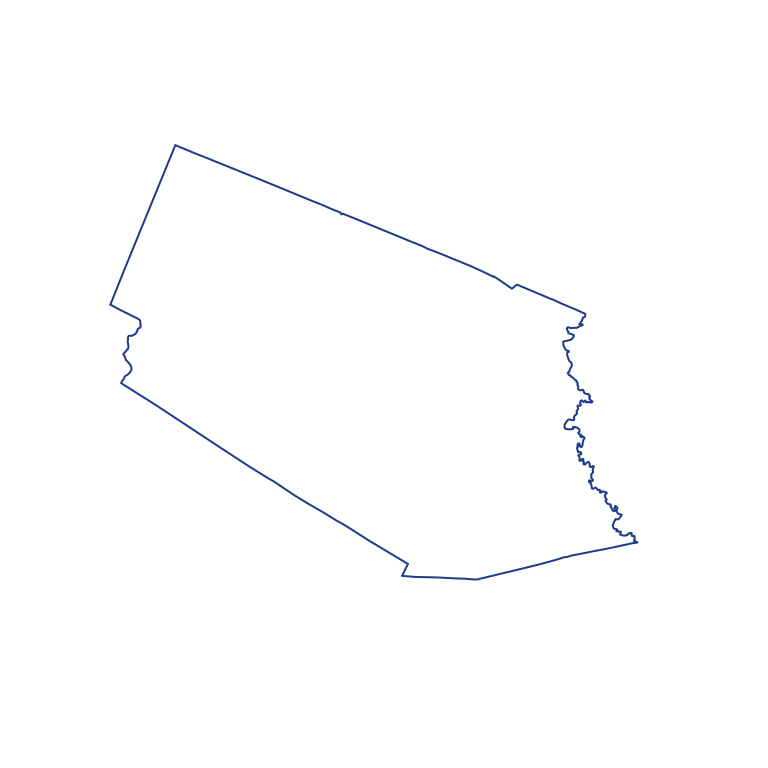 the district of Mirosi, Arges, Romania, rotated 29°
{"feature_id": "2599482B53373185835128", "entity_name": "Mirosi", "entity_type": "district", "adm_level": 2, "iso_a3": "ROU", "parent_name": "Romania", "parent_adm1": "Arges", "projection": "natural_earth1", "projection_center": [24.956, 44.405], "detail": "fine", "context": "isolated", "style": "outline", "palette": "blue", "viewbox_px": 768, "rotation_deg": 29, "n_neighbors": 0, "source": "geoboundaries", "source_scale": "gbopen_adm2", "svg_char_len": 6140}
<svg xmlns="http://www.w3.org/2000/svg" viewBox="0 0 768 768"><g transform="rotate(29 384 384)"><path d="M493.6,542.7L506.1,537.0L522.5,528.3L541.7,518.9L549.1,515.1L555.4,512.3L560.0,510.0L604.8,468.8L614.5,459.5L622.0,452.0L625.5,448.2L628.2,446.2L631.7,442.7L642.2,433.9L648.9,428.2L656.7,421.8L678.6,402.7L682.2,400.1L682.3,399.6L681.1,399.7L679.4,400.1L678.5,399.9L678.4,399.6L678.7,399.0L678.7,398.2L678.0,397.8L677.5,396.6L676.9,395.8L676.4,395.6L675.9,395.8L675.0,396.8L674.5,396.5L673.5,395.5L673.0,394.5L672.5,394.4L671.9,395.1L671.4,395.0L670.7,395.7L670.7,396.8L670.3,397.2L669.8,397.4L669.8,398.3L669.3,399.0L668.1,399.9L666.1,400.8L664.7,400.8L663.6,401.2L663.3,400.5L663.1,399.3L662.7,398.5L662.4,398.5L661.0,399.4L660.5,399.5L659.7,399.1L658.9,399.9L658.6,399.9L658.6,399.1L658.8,398.5L658.1,398.1L655.3,399.0L654.8,398.8L653.0,397.4L652.6,396.8L652.3,394.4L651.9,393.2L652.3,391.5L651.9,390.3L652.0,389.9L652.6,389.6L654.0,389.2L654.7,388.6L655.0,386.3L655.4,384.6L655.2,383.2L654.0,383.3L652.9,383.7L651.4,383.9L648.7,382.2L648.5,381.9L648.7,380.7L648.2,379.2L647.8,378.9L646.7,378.6L645.6,378.6L645.4,379.0L645.9,380.1L645.5,380.9L647.9,382.1L647.9,382.6L646.6,383.7L645.1,383.8L643.8,382.5L643.0,382.1L642.2,381.5L641.7,381.4L641.6,380.6L641.0,380.6L640.8,379.9L640.5,379.7L639.8,379.7L638.0,380.3L637.1,380.2L635.3,379.5L634.4,378.7L634.8,377.7L634.6,376.9L633.0,376.4L631.8,375.2L631.1,374.0L631.1,373.2L631.6,372.0L631.6,371.3L631.4,371.1L630.9,371.0L627.4,371.8L627.0,372.1L626.7,373.4L626.4,373.8L625.6,374.2L625.2,373.9L625.0,372.7L624.2,372.0L623.9,372.0L622.5,373.1L620.5,372.1L619.0,372.2L617.9,374.0L617.2,374.5L616.4,374.5L616.0,374.2L615.6,373.3L614.1,371.6L613.5,371.4L613.0,370.6L611.0,370.3L610.7,370.2L610.4,369.6L610.2,369.1L610.3,368.8L611.2,368.5L612.5,368.7L612.9,368.3L613.4,367.5L613.3,366.6L610.9,365.8L610.6,364.9L609.3,363.0L609.0,362.4L609.0,361.8L609.5,361.1L609.7,359.9L609.0,358.8L608.2,358.2L607.9,356.9L607.6,354.6L607.0,354.3L606.1,354.8L605.4,356.2L605.0,356.5L604.1,356.5L602.9,354.9L602.7,354.2L601.5,353.3L600.7,353.0L600.3,353.2L599.8,353.9L598.9,356.7L598.4,357.2L597.6,357.4L597.0,356.9L596.9,356.5L597.0,355.8L596.6,355.3L595.6,355.2L595.4,354.9L595.1,353.3L594.2,353.1L593.7,353.6L593.4,354.4L593.1,356.0L592.9,356.1L592.0,356.1L591.8,355.9L591.2,354.4L590.3,353.1L588.6,352.3L588.6,351.9L590.1,350.3L590.4,349.7L590.4,349.2L589.4,348.3L588.9,348.3L587.0,349.5L586.5,349.3L585.8,348.1L584.7,347.5L583.8,346.4L583.8,345.7L584.3,344.4L584.1,343.9L583.8,343.8L583.2,344.1L582.6,342.9L582.6,342.2L582.8,341.7L583.2,341.5L583.8,341.5L584.5,342.3L586.4,343.6L587.0,343.7L587.3,343.4L587.3,341.7L587.1,340.6L586.1,338.9L586.1,337.9L585.5,336.5L585.7,334.5L585.6,334.0L585.4,333.8L582.5,333.4L582.4,333.6L582.7,334.5L582.6,334.8L581.7,334.8L581.1,334.6L580.9,334.0L580.9,333.2L580.6,332.9L578.9,333.2L577.8,332.8L577.6,332.4L577.7,331.9L577.9,331.3L577.9,330.5L576.9,329.1L576.5,328.9L575.0,328.8L573.9,328.5L572.9,328.9L571.8,328.9L571.0,329.7L570.2,330.0L570.4,330.4L571.3,330.8L571.4,331.0L571.3,331.3L570.5,331.8L570.0,332.7L566.4,334.5L564.5,335.3L563.5,334.5L562.7,334.2L561.6,331.8L562.0,329.0L561.9,327.8L562.2,326.5L562.8,325.6L563.5,325.0L566.4,324.4L567.1,323.8L567.7,323.0L567.5,322.4L566.4,321.5L566.2,321.1L566.2,319.5L567.0,317.0L567.1,316.3L565.6,314.4L565.9,312.0L565.7,311.3L564.5,310.2L563.8,309.2L563.9,308.8L565.4,308.4L566.3,307.7L566.3,307.2L566.2,306.7L565.7,306.2L564.6,305.6L564.4,305.2L564.3,304.0L564.4,303.0L564.7,302.6L565.5,302.4L566.5,303.0L567.0,303.1L567.6,302.6L567.8,301.4L568.0,301.0L568.3,300.9L569.7,302.0L570.3,301.9L570.4,301.4L571.2,300.6L572.4,300.6L572.9,300.0L574.4,299.6L574.7,299.3L574.8,298.6L574.7,298.2L571.9,297.9L570.7,297.4L570.5,296.6L570.7,295.9L570.5,295.6L570.0,295.6L569.5,295.3L569.6,294.6L569.2,294.5L568.8,294.0L568.0,293.8L567.3,293.8L566.6,294.4L564.4,294.8L563.7,294.8L563.2,294.6L562.9,294.2L561.5,292.9L560.9,292.6L560.3,293.2L559.7,293.3L559.3,294.0L558.4,294.5L556.4,294.5L556.0,294.2L555.8,293.3L555.3,292.5L555.1,291.7L553.5,291.0L553.4,290.2L552.5,289.0L551.3,288.8L551.1,288.2L550.6,287.7L549.4,287.7L547.6,287.4L546.4,286.8L544.5,287.0L543.7,286.7L543.2,286.2L542.8,286.1L541.6,286.6L540.5,286.2L539.9,285.1L539.3,284.9L539.9,283.9L540.0,283.4L539.5,281.2L539.4,276.7L537.2,274.3L536.3,274.4L535.4,274.2L533.9,273.3L530.5,270.2L529.4,268.6L529.2,267.5L530.0,266.1L529.8,265.7L529.5,265.6L528.1,266.1L526.4,265.9L525.1,265.1L523.5,264.3L522.3,263.2L520.3,260.5L520.2,260.3L520.3,259.9L521.7,258.6L522.9,257.7L525.8,254.9L526.4,253.8L526.8,251.6L526.7,249.8L526.4,249.3L525.9,249.2L520.6,250.1L520.4,250.0L519.8,249.0L518.8,248.4L517.0,246.9L517.0,246.5L517.1,245.7L517.6,245.1L519.8,244.6L521.1,244.1L522.9,242.7L525.2,241.6L527.1,238.7L529.1,236.2L528.6,235.6L526.0,236.7L526.1,233.8L526.4,233.2L526.5,232.7L526.2,231.5L525.9,229.3L526.6,228.8L527.0,228.0L527.0,226.8L526.0,225.1L516.9,225.8L498.3,227.8L491.5,228.2L487.8,228.8L452.4,232.6L451.8,233.1L449.7,238.6L432.6,236.9L427.7,236.7L427.7,237.2L419.2,237.6L403.7,238.7L364.4,243.4L356.9,244.6L350.7,244.8L337.3,246.5L272.5,254.1L265.6,255.0L265.4,255.1L264.9,256.0L264.6,256.1L264.2,256.2L262.9,255.2L253.1,256.4L240.1,257.7L232.0,258.8L185.9,264.1L111.9,273.2L107.6,273.8L85.7,276.3L101.4,409.2L106.2,447.3L118.1,447.1L137.3,446.2L139.6,446.5L141.2,448.5L142.1,449.9L142.4,450.6L143.1,451.3L143.4,452.0L143.2,453.3L142.3,454.4L142.1,454.9L142.5,458.7L142.3,460.6L142.0,461.3L140.5,463.7L139.6,464.4L138.5,464.8L137.6,465.4L137.4,466.0L137.5,467.3L137.8,468.0L138.7,469.6L139.2,471.3L140.5,472.6L142.5,475.5L142.9,476.7L143.0,477.8L142.6,478.9L142.5,480.1L142.1,481.4L142.0,482.5L141.6,483.2L141.6,483.9L141.7,484.5L142.0,484.7L142.8,485.0L143.9,485.6L146.7,488.1L148.3,488.5L152.8,490.2L155.2,492.3L155.7,493.0L156.3,494.1L156.3,495.5L155.8,498.7L155.1,500.4L153.9,502.4L153.7,502.9L153.9,505.2L153.5,509.9L153.8,510.7L194.0,513.0L285.2,520.0L306.6,521.5L328.4,522.6L335.0,522.7L360.5,524.8L373.7,525.4L392.3,525.7L408.9,526.5L414.9,526.4L425.6,526.9L446.2,528.2L492.2,529.8L492.8,542.9L493.6,542.7Z" fill="none" stroke="#1e3a8a" stroke-width="2"/></g></svg>